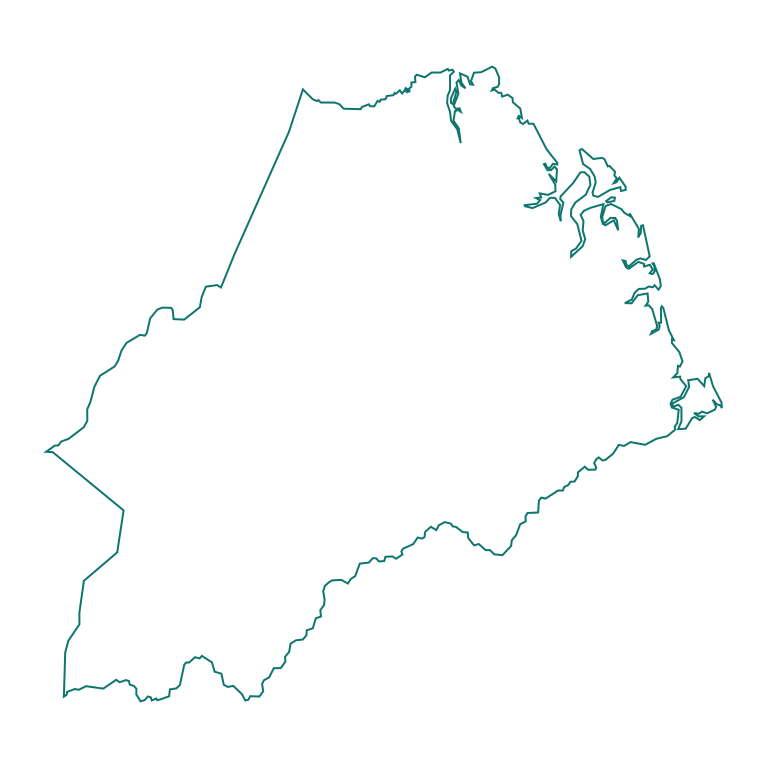 Machanga, Sofala, Mozambique
{"feature_id": "85939544B66501899539367", "entity_name": "Machanga", "entity_type": "district", "adm_level": 2, "iso_a3": "MOZ", "parent_name": "Mozambique", "parent_adm1": "Sofala", "projection": "equal_earth", "projection_center": [34.711, -20.915], "detail": "fine", "context": "isolated", "style": "outline", "palette": "teal", "viewbox_px": 768, "rotation_deg": 0, "n_neighbors": 0, "source": "geoboundaries", "source_scale": "gbopen_adm2", "svg_char_len": 6045}
<svg xmlns="http://www.w3.org/2000/svg" viewBox="0 0 768 768"><path d="M302.9,89.4L289.0,131.7L234.3,254.6L221.0,287.5L217.1,285.1L205.8,286.7L201.6,297.4L199.9,307.2L184.2,319.6L173.6,319.1L172.7,310.1L171.2,307.9L162.4,307.6L157.3,309.6L150.2,318.3L146.9,332.7L145.0,335.6L139.9,334.9L126.5,342.9L121.6,350.3L118.1,360.8L114.7,366.4L100.0,375.8L94.4,386.7L90.3,402.4L87.2,409.3L87.3,420.9L83.7,427.3L68.6,438.8L61.1,441.6L58.4,445.4L54.8,445.6L46.1,451.8L52.7,452.1L123.6,510.4L117.2,552.4L83.9,580.8L79.4,612.6L79.4,624.4L68.3,640.8L65.2,652.6L63.9,696.6L66.7,694.7L67.1,691.9L74.9,689.0L78.7,689.8L86.0,686.2L103.3,688.6L116.2,679.8L119.7,682.2L125.9,680.1L129.0,681.0L129.7,684.6L133.8,685.9L136.4,688.8L136.3,694.4L140.5,701.3L144.7,700.1L147.9,696.5L150.7,697.3L151.8,700.5L156.2,698.5L157.2,700.2L159.8,699.6L169.1,696.3L169.9,689.4L176.3,688.4L179.9,685.1L184.2,664.9L186.0,662.6L189.1,662.5L195.0,657.2L199.6,658.4L201.9,655.9L212.0,662.4L214.6,671.7L221.4,673.7L223.8,684.8L227.7,686.9L233.3,685.9L242.1,694.3L245.3,700.5L248.4,699.7L250.2,696.2L259.4,696.5L263.2,691.3L262.1,684.0L263.9,680.3L269.2,677.3L273.8,668.2L280.8,668.1L285.4,661.6L285.1,656.7L289.1,652.0L290.6,643.7L295.9,640.3L302.9,639.5L306.5,635.1L306.7,630.3L312.8,628.3L315.8,618.3L321.0,616.5L320.3,610.1L324.1,605.0L324.6,599.3L323.2,591.3L324.9,585.9L328.8,582.4L332.1,580.4L341.4,579.9L347.8,583.5L351.0,578.8L355.2,576.1L359.8,563.6L368.8,562.6L372.9,558.1L376.3,558.4L378.8,561.4L384.2,561.1L385.4,556.8L392.4,556.5L396.2,558.7L402.4,554.6L401.4,551.3L403.0,548.7L413.2,544.1L417.7,537.5L422.1,538.6L424.5,537.1L425.2,531.8L430.9,526.8L436.3,530.1L438.8,525.3L444.7,522.1L451.0,523.7L452.7,526.4L456.0,526.9L462.8,532.1L467.7,532.5L468.2,538.0L474.1,545.4L478.7,544.0L485.6,550.1L490.0,550.1L494.2,554.3L502.4,555.2L511.1,546.0L511.8,540.3L516.1,535.2L520.2,524.2L525.7,521.4L525.5,516.4L527.5,513.0L538.1,512.5L539.0,500.5L541.2,497.6L545.5,498.6L558.1,490.5L562.9,490.5L564.1,487.2L568.3,485.0L570.4,481.8L574.6,481.5L577.7,476.5L578.0,472.3L584.8,466.7L588.1,469.8L595.4,469.6L596.2,467.4L594.2,463.1L596.1,459.5L598.7,457.4L602.6,460.5L605.5,459.8L613.1,453.7L618.8,444.9L624.1,445.9L630.6,442.1L645.1,444.8L656.3,438.8L667.2,436.2L675.3,429.5L674.6,426.9L677.3,422.8L678.7,409.8L671.8,407.5L670.5,403.8L672.5,399.7L680.5,396.8L686.3,386.2L680.5,379.3L680.1,376.6L673.2,377.4L677.3,373.2L678.0,365.8L679.8,366.6L682.5,361.5L679.4,352.2L671.9,343.0L672.0,339.3L673.8,340.0L668.9,330.3L663.3,307.9L661.8,306.3L661.0,308.0L661.1,322.7L658.7,322.7L659.7,326.1L658.6,329.6L651.0,333.8L652.2,331.1L656.1,329.6L657.2,326.2L652.2,309.0L648.8,305.3L645.6,305.7L648.3,301.7L647.6,293.5L637.7,295.2L631.6,303.3L624.8,303.1L631.7,299.6L634.8,292.6L638.8,288.9L645.0,288.7L648.7,286.5L652.8,287.3L654.6,285.3L658.6,289.7L660.8,286.1L659.9,279.3L653.8,263.3L652.6,263.4L654.6,266.7L654.8,271.0L653.3,273.7L651.4,273.9L649.7,273.2L652.8,269.6L649.9,264.8L644.1,266.5L644.0,263.9L638.4,261.9L628.7,268.8L626.0,267.2L622.8,260.4L625.5,261.0L626.4,264.8L628.8,266.4L636.5,259.7L640.5,258.4L645.9,260.0L649.7,256.3L643.0,225.3L641.2,225.7L640.7,233.1L638.2,237.5L638.9,229.0L629.6,213.3L630.0,216.1L624.4,212.9L621.5,209.2L611.1,204.0L605.6,206.0L602.3,216.6L602.7,221.4L604.8,222.9L610.5,217.9L615.2,218.0L617.0,220.7L618.2,230.3L613.8,220.3L605.5,225.3L602.8,223.8L600.8,216.9L603.4,204.1L590.9,207.7L584.0,210.7L580.6,214.8L583.5,221.1L582.7,230.4L585.2,239.1L582.7,246.2L571.1,256.8L571.3,251.2L576.0,248.6L581.5,240.8L577.3,224.1L571.0,216.1L571.2,209.5L575.3,202.6L585.7,194.8L590.4,184.9L589.3,176.6L584.4,172.2L580.4,172.4L573.1,183.1L560.6,196.4L560.3,199.2L563.4,202.6L560.5,215.2L560.8,221.3L558.7,214.0L560.1,205.0L555.0,197.9L550.0,197.9L545.6,202.5L532.5,208.1L525.0,206.2L524.6,205.2L536.9,203.7L540.2,200.1L536.1,198.1L541.3,197.4L539.8,193.4L548.0,194.9L555.5,191.3L555.2,184.5L548.8,173.9L556.2,181.6L557.0,169.4L554.4,166.6L551.1,170.1L547.5,170.2L543.9,164.2L545.4,163.7L546.8,167.1L549.5,168.4L553.0,163.8L557.2,164.5L557.4,163.0L546.6,149.3L533.5,123.8L528.7,123.7L527.4,120.6L523.0,124.0L520.3,122.5L519.0,118.6L517.6,118.4L518.8,115.9L521.9,118.0L520.3,108.6L512.9,102.3L512.5,98.0L507.7,94.7L502.2,96.6L501.2,92.9L498.1,92.6L494.7,89.6L491.7,90.5L493.0,88.1L497.7,86.8L499.1,84.2L499.1,77.4L495.3,68.4L492.1,66.7L481.2,72.2L474.0,72.7L471.0,81.0L473.0,84.7L470.1,84.3L467.5,76.7L460.0,73.4L461.4,82.6L465.5,88.3L461.2,85.4L458.8,80.0L456.5,82.5L458.4,93.9L453.7,105.9L455.8,108.8L459.6,108.4L460.8,111.8L458.4,110.1L455.0,111.0L453.5,120.7L458.8,128.4L460.7,143.1L457.3,129.3L451.1,120.9L450.0,111.8L447.1,103.1L447.7,95.6L450.1,89.9L450.0,75.4L453.9,71.7L452.6,69.8L448.8,70.5L447.8,68.9L440.6,72.5L431.7,72.5L424.9,77.3L416.7,74.7L415.0,76.6L415.4,82.1L411.4,82.5L411.4,86.8L409.2,88.5L409.4,91.5L408.0,91.7L407.8,89.2L405.6,88.1L405.0,89.6L406.6,89.7L406.6,91.8L404.7,90.4L402.0,93.5L399.8,90.3L396.0,93.7L394.6,93.0L393.4,95.2L386.9,96.0L385.6,99.2L380.7,99.7L379.7,101.8L377.6,100.9L374.2,106.4L370.0,106.1L368.9,104.3L361.8,107.1L360.7,109.2L343.7,108.7L339.3,104.2L334.9,102.6L320.8,102.5L318.4,100.1L317.0,101.1L312.7,99.2L302.9,89.4ZM713.1,386.4L709.0,372.9L708.8,376.2L705.4,378.1L704.2,386.1L697.6,378.8L688.2,380.2L689.2,386.8L683.9,397.2L672.4,403.5L673.0,406.8L678.4,404.8L681.4,407.8L681.5,421.2L678.2,429.1L685.7,428.7L692.2,418.0L694.8,417.0L699.8,420.1L704.1,416.3L698.3,416.3L694.0,413.0L698.9,413.8L701.9,411.7L707.1,413.3L714.9,409.6L716.1,406.8L712.7,399.7L716.8,404.3L720.4,405.3L721.9,408.1L721.5,402.6L713.1,386.4ZM593.3,159.0L581.9,149.0L579.5,150.3L583.1,164.1L590.2,169.0L594.7,176.7L595.7,182.4L592.5,192.8L593.4,195.7L598.1,196.9L609.9,190.0L620.3,187.1L621.1,191.0L625.7,189.9L625.6,186.7L619.4,177.7L616.5,182.2L613.7,183.2L616.8,178.4L614.4,175.5L615.0,171.7L609.5,165.9L607.8,166.4L604.5,159.2L602.1,157.8L593.3,159.0ZM452.8,104.1L456.4,92.0L455.2,88.7L451.0,98.2L450.9,102.8L452.8,104.1ZM607.2,202.4L614.3,200.9L614.9,197.7L611.4,197.2L606.1,201.1L607.2,202.4Z" fill="none" stroke="#0f766e" stroke-width="2"/></svg>